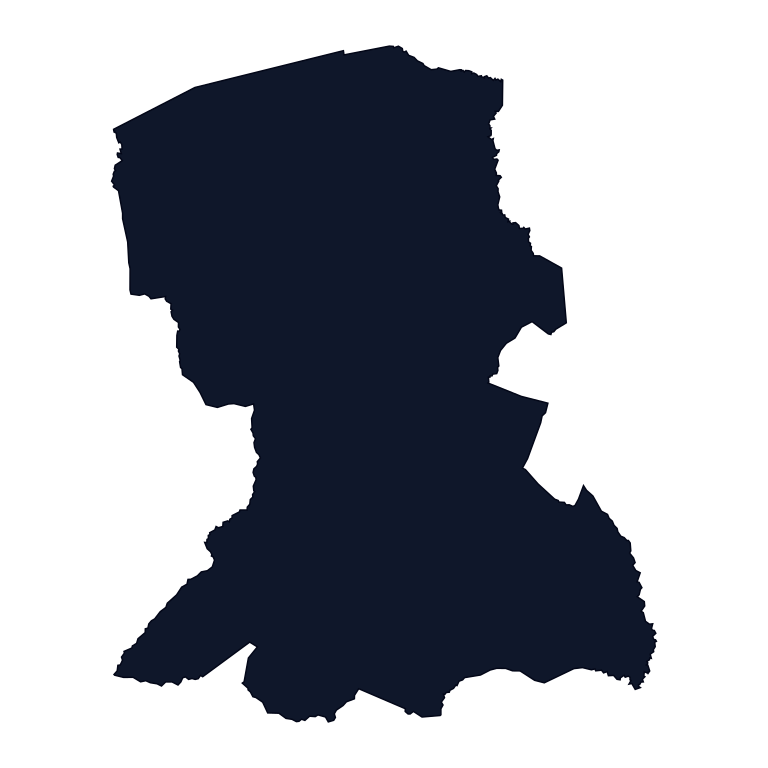 Kalomo, Southern, Zambia (Robinson projection)
{"feature_id": "96606910B45059584224762", "entity_name": "Kalomo", "entity_type": "district", "adm_level": 2, "iso_a3": "ZMB", "parent_name": "Zambia", "parent_adm1": "Southern", "projection": "robinson", "projection_center": [26.465, -16.838], "detail": "fine", "context": "isolated", "style": "filled", "palette": "ink", "viewbox_px": 768, "rotation_deg": 0, "n_neighbors": 0, "source": "geoboundaries", "source_scale": "gbopen_adm2", "svg_char_len": 6073}
<svg xmlns="http://www.w3.org/2000/svg" viewBox="0 0 768 768"><path d="M502.7,80.1L501.3,79.3L500.7,81.6L497.9,79.1L495.9,80.0L495.0,78.4L493.3,80.4L490.4,77.6L488.5,78.0L486.8,75.8L484.3,76.7L484.3,77.9L481.0,76.5L481.2,75.8L477.9,76.4L476.7,74.5L473.8,73.0L471.7,73.7L471.8,71.8L468.8,70.7L465.6,70.5L464.2,72.0L463.1,70.5L461.2,70.9L461.4,69.8L459.8,69.7L450.8,71.4L438.4,67.8L436.9,69.1L431.2,69.7L424.1,65.6L422.9,63.5L417.3,60.8L414.1,57.4L408.6,55.3L406.1,51.1L404.1,52.1L402.8,51.4L402.3,48.5L398.4,46.2L393.8,47.8L393.3,46.4L389.4,46.1L344.0,54.9L343.4,50.7L194.9,87.5L113.6,129.3L113.8,130.9L114.9,131.2L114.2,132.0L116.3,133.2L116.7,137.5L118.8,142.8L120.2,142.0L121.8,144.4L122.1,149.0L120.0,149.1L121.3,153.6L117.5,153.0L117.2,154.5L118.2,157.4L119.9,157.6L122.3,160.6L115.2,165.2L114.4,168.7L115.6,170.7L114.4,171.2L113.2,174.2L113.6,176.1L111.6,181.2L114.6,185.0L113.2,186.2L113.5,187.0L118.5,190.7L122.6,213.2L122.6,218.7L127.7,242.0L128.8,262.8L130.1,268.7L130.0,289.9L131.0,294.1L139.4,295.3L144.7,293.9L149.0,296.3L151.0,298.8L165.6,296.5L165.2,298.9L166.7,301.3L171.1,303.7L170.8,309.1L172.5,310.1L171.1,311.7L172.0,316.3L173.9,319.3L178.5,322.5L178.4,327.0L180.0,329.4L179.1,331.3L177.7,331.1L176.9,335.3L176.7,347.2L179.0,349.4L178.4,351.0L179.7,353.8L179.0,356.0L180.2,360.4L179.6,361.5L180.6,367.5L182.0,368.7L182.5,374.7L193.5,382.3L200.1,392.5L206.0,404.6L217.4,407.4L228.4,404.0L234.0,403.6L245.4,406.4L253.6,403.9L254.5,410.2L251.6,418.5L252.1,427.8L250.9,429.3L253.0,432.9L253.3,435.8L255.5,438.7L254.0,442.6L254.6,447.4L256.5,452.5L258.9,454.6L260.4,458.0L257.3,461.6L257.6,464.1L256.6,466.4L253.9,468.8L253.1,472.4L254.3,476.1L255.8,477.3L256.1,479.7L253.3,486.1L253.8,490.8L254.8,491.5L252.6,494.5L252.8,497.1L250.3,499.5L249.8,504.2L247.3,507.1L247.1,510.0L240.0,510.0L239.4,511.9L232.1,515.6L232.1,518.0L229.9,519.2L229.3,521.8L227.7,520.9L223.1,522.3L222.8,526.5L218.4,527.7L216.1,526.5L214.8,530.0L209.7,532.7L210.0,534.5L208.3,535.4L208.4,538.6L207.0,539.4L206.8,542.6L204.7,542.4L207.2,548.7L210.6,551.8L211.9,554.6L211.4,556.0L213.2,556.9L214.5,560.1L212.3,566.9L207.4,570.7L201.3,571.9L197.3,575.9L190.8,579.3L188.0,579.4L187.0,584.2L181.7,587.1L176.6,594.9L167.3,603.2L165.9,607.4L160.3,611.6L154.7,618.9L151.4,620.8L148.8,623.9L147.9,628.1L145.3,628.8L145.2,632.6L138.0,638.7L136.6,643.4L132.4,645.9L131.9,648.0L124.0,651.4L124.4,653.1L121.5,657.1L122.5,660.1L121.6,662.2L120.2,665.0L117.9,665.3L117.2,670.9L114.0,674.5L114.7,675.2L123.6,677.4L133.1,677.3L140.6,681.8L145.8,680.7L150.3,682.7L157.1,683.8L161.5,686.0L165.7,681.9L172.0,681.9L178.0,685.0L180.8,682.0L182.7,677.8L185.5,676.9L188.6,679.4L192.0,678.5L195.2,679.4L198.2,678.7L200.5,675.4L202.7,676.7L249.7,642.1L257.4,646.9L248.4,658.0L244.1,681.8L242.3,683.1L248.0,688.2L248.1,689.9L250.4,691.9L252.9,696.7L255.9,697.5L262.7,702.2L267.7,712.9L278.9,713.2L286.0,718.4L292.0,719.3L296.4,721.6L299.0,721.3L301.5,719.2L304.9,720.4L309.6,716.2L315.3,716.6L317.9,714.9L325.5,717.0L328.3,721.9L333.7,720.3L335.4,717.5L334.3,713.8L336.4,710.1L343.1,705.5L346.4,701.8L354.4,698.8L354.5,695.3L358.7,688.7L405.3,708.7L405.2,711.5L408.1,714.0L410.1,714.0L413.4,711.4L422.0,717.0L440.1,715.5L440.9,714.8L440.9,708.8L443.0,705.0L441.3,702.1L444.5,697.7L443.4,694.2L444.8,694.4L446.3,692.5L449.3,692.2L449.9,690.3L453.5,688.4L455.8,685.1L457.0,685.6L459.0,681.2L462.6,679.9L464.6,677.6L480.5,675.0L490.2,670.0L496.7,668.3L505.7,668.4L512.5,670.8L520.1,670.9L534.6,680.3L544.3,682.8L573.9,668.6L582.5,667.6L591.5,669.8L594.9,668.9L595.7,670.8L601.5,670.2L603.6,672.9L607.1,671.6L608.4,675.7L613.6,675.4L617.0,679.3L620.1,679.8L620.4,677.8L624.1,675.3L625.2,677.2L628.4,676.1L630.1,677.4L630.0,679.8L631.0,680.5L629.0,684.1L631.8,683.5L635.2,689.4L640.3,687.6L638.5,686.3L638.6,684.6L639.6,684.6L641.0,682.1L643.3,681.9L642.4,679.2L644.9,676.7L643.8,675.9L644.3,671.7L647.5,673.1L648.1,671.5L648.3,673.0L649.7,671.0L647.8,665.1L645.5,664.9L647.1,664.5L647.8,662.9L646.8,661.4L649.4,659.8L649.9,657.9L651.3,658.3L650.2,654.2L653.7,651.7L653.3,649.7L655.2,646.7L654.7,642.2L656.4,641.3L655.5,639.8L653.8,639.5L652.6,636.4L655.8,633.3L654.3,630.5L652.4,630.2L651.5,628.5L652.7,623.8L649.5,624.2L645.5,621.3L643.3,612.7L641.1,611.2L644.7,606.0L644.3,601.6L637.2,596.7L639.1,594.8L640.4,589.4L641.9,587.7L639.1,582.4L637.1,581.9L640.2,572.8L635.8,570.5L632.7,565.3L635.1,562.6L633.5,557.9L629.6,553.1L630.8,550.9L630.2,543.0L628.4,540.5L626.8,540.5L624.2,537.6L620.8,536.2L617.8,531.8L617.1,528.4L614.0,525.3L612.3,521.1L609.1,518.3L607.5,514.4L601.4,511.2L592.9,496.0L586.5,490.3L583.5,485.6L578.5,499.1L575.0,505.5L572.9,506.4L569.3,504.8L566.1,504.9L564.4,502.4L559.0,502.1L558.2,500.5L554.7,499.2L538.1,484.0L525.4,469.6L522.4,468.1L527.6,458.5L540.7,422.7L542.1,415.9L545.5,412.7L547.9,403.2L521.3,396.4L487.9,383.0L488.8,382.0L488.4,377.2L490.0,377.1L490.2,375.8L492.0,375.9L492.8,374.1L496.7,373.6L497.9,370.4L497.6,367.4L498.8,366.0L497.8,357.6L500.5,350.5L506.3,343.3L515.0,338.0L521.4,327.2L532.1,321.6L548.3,333.9L550.9,334.5L551.5,332.3L553.8,331.7L555.8,329.2L566.3,322.8L561.6,268.1L539.7,255.9L533.6,255.8L533.2,253.3L531.1,250.3L531.4,246.5L530.1,245.9L530.5,243.3L528.5,241.8L528.4,238.3L529.4,236.9L528.1,234.4L529.8,230.6L529.4,228.1L525.2,229.0L523.8,227.4L523.1,228.3L519.5,228.5L518.9,225.5L515.6,222.6L513.0,222.9L513.3,224.1L512.4,224.3L509.8,222.4L509.8,221.1L508.0,221.7L508.5,219.1L505.2,217.5L504.7,214.9L503.0,215.1L502.1,213.4L501.1,213.5L500.5,212.6L501.7,212.0L501.5,210.2L499.2,210.0L498.5,208.6L497.8,204.8L499.7,196.9L498.0,191.7L498.1,188.6L496.3,185.8L498.8,181.0L498.2,180.3L501.3,177.3L500.1,175.7L496.2,175.4L496.4,173.0L494.7,169.2L498.1,160.2L496.9,159.0L493.6,159.4L492.4,157.4L496.5,155.3L496.6,153.7L498.8,151.8L499.2,149.9L496.7,150.3L495.0,148.7L492.9,140.7L493.3,138.6L491.4,139.5L488.0,136.8L490.9,135.6L491.2,134.4L491.2,130.3L490.0,129.0L491.0,128.0L489.9,128.0L489.9,125.6L488.6,124.0L490.1,119.9L494.7,119.1L493.4,116.3L496.1,113.1L495.2,111.3L498.4,111.4L502.4,105.3L502.7,80.1Z" fill="#0f172a" stroke="#020617" stroke-width="1.5"/></svg>